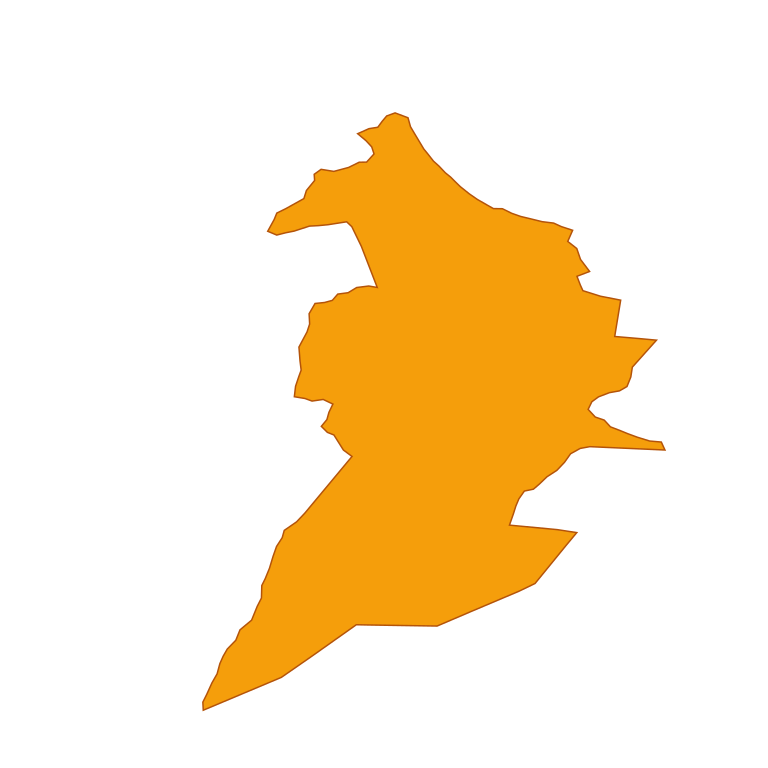 Ribeirão, Pernambuco, Brazil (Natural Earth projection), rotated 72°
{"feature_id": "56859067B42431368650205", "entity_name": "Ribeirão", "entity_type": "district", "adm_level": 2, "iso_a3": "BRA", "parent_name": "Brazil", "parent_adm1": "Pernambuco", "projection": "natural_earth1", "projection_center": [-35.39, -8.52], "detail": "fine", "context": "isolated", "style": "filled", "palette": "amber", "viewbox_px": 768, "rotation_deg": 72, "n_neighbors": 0, "source": "geoboundaries", "source_scale": "gbopen_adm2", "svg_char_len": 2078}
<svg xmlns="http://www.w3.org/2000/svg" viewBox="0 0 768 768"><g transform="rotate(72 384 384)"><path d="M202.8,447.4L209.2,440.0L209.8,430.7L210.8,422.3L210.8,406.1L213.1,397.5L215.2,388.1L216.7,378.7L218.2,369.4L224.4,366.0L246.1,363.0L290.1,360.6L286.1,368.2L283.8,380.2L286.1,389.9L284.2,400.2L288.5,407.3L288.1,415.4L286.1,424.7L294.0,433.5L304.0,436.2L310.7,441.1L322.6,453.5L335.9,456.7L345.2,458.5L350.7,462.8L358.8,468.8L368.4,473.2L373.4,463.6L378.0,457.7L379.9,446.6L387.3,438.8L393.9,445.1L400.2,449.3L404.9,456.7L412.5,452.8L417.0,447.4L434.3,443.0L443.0,436.8L482.4,499.3L488.1,509.8L492.4,524.1L498.7,528.3L505.3,536.4L513.7,542.8L523.9,549.9L532.4,557.1L537.9,562.5L549.7,566.7L556.3,573.3L567.7,582.9L573.3,596.9L581.9,604.1L587.6,614.9L593.2,621.1L599.2,626.5L608.1,632.3L615.1,640.0L624.3,648.4L630.6,654.6L638.4,656.7L631.3,572.3L620.7,537.1L604.4,484.7L608.4,473.2L630.6,408.3L627.4,372.9L622.8,319.7L620.4,302.0L593.6,260.4L584.9,246.6L576.0,264.3L557.0,308.3L547.4,301.0L540.8,296.3L534.9,291.2L529.2,283.6L530.2,274.4L527.1,267.0L522.6,257.7L519.5,246.2L514.3,236.6L508.0,228.1L505.9,217.3L507.2,207.6L533.6,137.2L524.9,138.2L520.3,149.0L512.9,159.5L506.6,167.5L501.7,173.3L494.7,181.9L486.4,185.7L480.7,193.3L471.2,197.7L465.1,191.8L462.5,183.9L461.9,172.3L463.3,162.2L461.5,153.7L453.6,147.1L444.7,142.6L426.5,111.3L419.5,127.6L410.1,149.9L377.4,133.0L367.4,151.0L356.7,166.0L350.5,166.7L341.2,167.2L340.5,153.7L326.3,158.6L314.7,158.8L305.2,165.2L296.1,157.1L289.1,166.7L283.4,172.9L278.5,183.4L271.8,194.2L266.9,202.2L261.2,209.7L253.9,217.2L251.0,225.7L245.9,230.4L237.4,238.1L229.4,244.2L219.8,250.5L213.5,253.8L207.8,256.7L202.1,260.4L193.9,264.3L187.3,268.1L179.6,270.9L172.9,273.5L154.7,277.7L147.5,279.3L138.2,278.9L129.6,289.7L129.9,298.6L133.5,304.4L137.9,310.6L136.5,319.4L137.8,331.7L147.1,325.9L154.7,322.4L162.1,322.4L167.6,332.0L165.4,339.1L167.1,350.7L166.3,366.0L160.4,377.5L163.0,385.6L169.0,387.1L176.0,398.0L182.9,402.9L186.9,423.3L188.3,433.1L193.6,437.6L202.8,447.4Z" fill="#f59e0b" stroke="#b45309" stroke-width="1.5"/></g></svg>